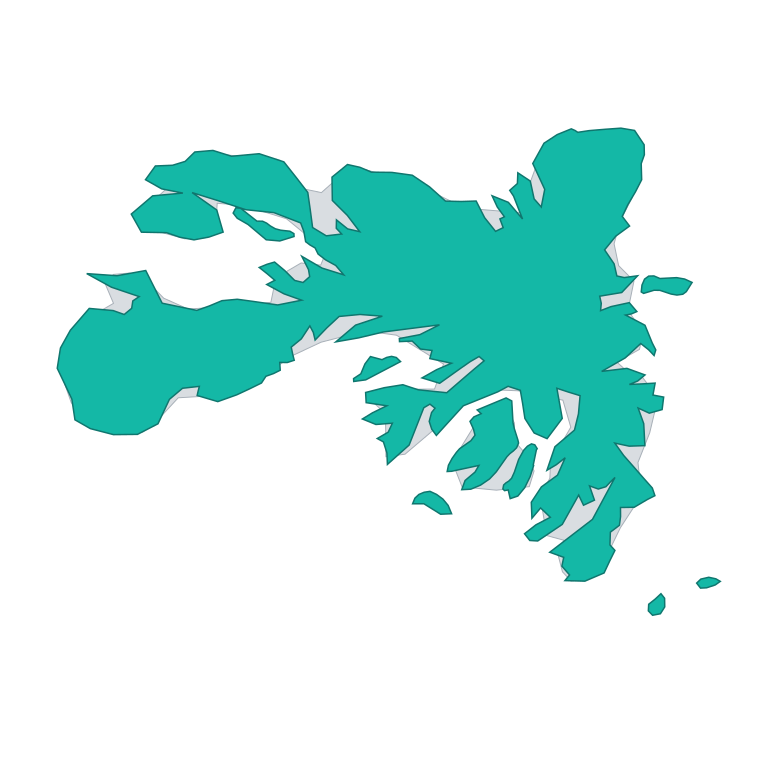 French Southern and Antarctic Lands, with Archipel des Kerguelen highlighted, rotated 177°
{"feature_id": "ATF-5916", "entity_name": "Archipel des Kerguelen", "entity_type": "state/province", "adm_level": 1, "iso_a3": "ATF", "parent_name": "French Southern and Antarctic Lands", "parent_adm1": "", "projection": "equal_earth", "projection_center": [69.4, -49.144], "detail": "fine", "context": "in_parent", "style": "filled", "palette": "teal", "viewbox_px": 768, "rotation_deg": 177, "n_neighbors": 0, "source": "natural_earth", "source_scale": "10m", "svg_char_len": 6826}
<svg xmlns="http://www.w3.org/2000/svg" viewBox="0 0 768 768"><g transform="rotate(177 384 384)"><path d="M250.3,370.2L277.0,372.7L293.3,368.8L366.7,312.8L385.9,311.3L384.0,354.2L402.8,373.5L379.0,378.4L333.8,376.3L323.5,400.8L369.0,432.1L391.7,436.4L410.2,436.1L444.8,429.0L472.6,417.7L515.7,391.5L541.4,381.4L590.2,381.0L615.8,356.1L627.5,348.6L656.1,349.6L682.0,359.3L697.3,381.8L705.3,409.2L698.9,436.3L681.5,462.6L649.9,478.7L656.9,497.9L648.5,507.6L632.6,508.1L619.2,503.7L599.5,481.2L575.7,469.1L518.4,469.9L492.7,471.5L488.2,488.7L474.6,501.9L460.4,509.2L441.0,506.0L437.5,513.3L447.7,531.3L472.7,554.1L515.8,569.9L541.1,573.2L544.7,543.0L575.3,539.4L602.4,548.4L621.9,570.7L605.9,578.0L591.7,589.8L588.8,605.1L561.2,621.7L544.9,623.5L493.3,615.4L462.7,596.6L455.4,583.4L436.5,578.4L415.1,595.5L392.2,599.2L347.5,585.0L306.1,562.2L280.3,553.5L240.1,548.0L217.9,600.0L187.2,621.9L147.5,624.0L128.3,619.7L117.7,599.3L120.4,577.5L126.7,556.7L139.1,535.3L146.9,512.0L143.5,489.9L129.0,473.7L136.5,444.7L122.3,422.0L127.1,405.2L150.3,393.7L140.4,383.7L128.1,381.0L119.2,367.7L112.3,351.7L121.2,321.4L134.5,292.3L132.7,259.3L155.4,228.2L174.7,193.3L189.3,179.4L207.5,177.4L215.6,187.1L219.5,206.2L212.4,218.5L229.4,224.1L234.0,264.6L223.3,281.1L221.8,297.1L199.7,331.1L206.2,358.5L250.3,370.2ZM282.7,348.7L262.2,352.0L255.8,338.2L256.6,319.9L245.1,305.4L238.7,289.3L244.3,273.9L277.3,272.1L311.4,277.1L320.0,302.9L295.6,338.2L282.7,348.7Z" fill="#d9dde1" stroke="#a8b0b8" stroke-width="1"/><path d="M703.1,401.4L709.5,416.8L705.2,436.9L694.4,454.1L674.4,474.9L650.6,471.5L639.8,467.0L632.0,472.8L630.5,480.1L623.9,484.1L651.1,494.9L675.1,509.8L645.0,506.1L616.0,509.8L601.3,476.3L567.1,467.3L554.3,471.1L541.5,475.7L526.1,476.3L510.7,473.4L486.0,468.5L461.8,472.0L479.2,479.3L495.9,489.5L491.7,491.4L487.6,493.3L494.9,500.2L502.5,506.9L494.5,509.7L486.9,511.5L477.1,502.4L467.8,492.1L459.5,489.6L452.6,495.1L453.4,502.2L459.4,515.8L439.8,503.0L418.5,495.1L426.0,504.9L435.8,511.0L443.0,517.2L445.7,523.5L450.5,526.6L454.8,530.2L456.0,540.3L458.8,549.2L484.9,560.9L512.9,565.3L539.1,575.4L565.6,585.2L541.9,566.5L536.7,544.1L551.1,539.9L566.2,537.9L580.0,541.2L593.2,546.5L618.3,548.3L627.5,566.9L605.2,584.0L574.8,585.2L595.8,590.5L611.5,600.5L600.9,613.7L583.7,613.5L570.9,616.7L560.8,625.6L542.6,626.2L524.3,619.4L496.6,620.5L472.4,611.1L460.9,594.9L450.1,579.3L448.5,561.5L447.1,544.0L433.9,535.0L418.4,536.0L423.5,542.0L422.9,550.4L412.2,540.8L400.3,537.4L411.8,554.3L426.0,570.0L425.1,593.3L409.0,605.1L396.8,601.7L385.4,596.2L365.1,594.9L344.8,591.0L328.1,578.4L313.0,563.4L297.2,562.2L282.4,561.9L274.8,544.8L264.6,530.6L256.8,533.9L259.6,542.8L257.3,543.7L255.0,544.7L261.6,554.8L266.2,566.3L250.3,558.9L237.0,541.5L240.9,553.1L244.8,564.9L248.3,570.8L240.3,577.2L239.3,587.9L227.3,579.0L224.4,561.0L217.7,552.5L213.3,570.0L223.9,596.4L211.6,616.1L198.0,624.0L183.6,629.0L180.0,627.2L177.3,625.2L172.1,625.7L165.9,626.3L149.8,626.8L134.0,627.1L120.5,624.1L111.7,609.3L112.0,599.3L115.6,590.6L116.0,574.5L122.8,562.8L131.1,550.3L137.3,538.9L130.5,528.9L144.7,519.6L156.7,506.4L147.9,491.9L145.8,479.7L138.5,477.7L125.1,478.8L141.8,462.9L164.0,460.4L162.8,453.1L163.9,445.9L153.3,449.4L134.8,452.4L127.7,443.1L133.4,441.0L139.2,440.2L120.3,429.0L114.0,411.0L110.8,403.8L112.8,398.3L118.0,404.4L125.5,411.0L141.8,397.4L166.0,385.2L140.6,386.9L122.9,379.4L130.5,373.7L139.0,370.7L126.0,370.6L113.2,370.7L114.6,364.8L116.0,358.9L105.4,356.3L107.6,343.9L120.6,341.0L131.5,346.7L126.7,330.8L126.7,308.8L142.4,309.1L156.6,312.9L148.4,300.1L138.9,288.1L129.8,276.5L121.5,266.1L119.3,258.3L127.2,254.8L140.6,247.8L154.3,248.3L154.7,239.2L156.3,230.6L165.7,224.2L166.8,211.5L162.1,205.7L167.9,195.4L174.1,183.8L193.7,176.6L213.6,178.2L208.7,183.6L215.9,192.8L213.6,201.5L227.3,207.3L182.9,237.9L158.2,278.6L163.1,274.3L167.8,269.8L175.5,267.9L184.1,271.5L179.9,257.0L191.1,252.5L195.4,262.9L213.3,234.5L238.7,219.2L246.6,220.1L251.5,227.1L239.7,235.4L224.9,242.2L234.1,252.0L243.3,242.2L243.1,258.2L232.2,273.0L215.5,283.9L206.9,300.9L216.1,294.4L225.8,289.3L216.6,312.4L196.2,328.0L191.4,343.9L188.8,362.1L200.3,366.3L211.6,370.7L207.8,340.3L224.0,320.9L236.6,327.2L245.1,342.2L246.6,357.4L248.2,370.6L260.2,375.2L270.8,370.2L305.9,358.1L334.4,329.9L338.7,336.4L340.8,344.3L338.0,353.0L334.3,357.2L339.2,361.5L345.5,358.2L362.1,321.7L384.8,303.5L384.7,315.1L387.6,326.2L393.6,329.9L382.3,335.7L377.7,344.4L394.2,344.0L407.4,350.2L396.9,355.9L382.3,362.1L402.8,366.3L402.8,376.5L383.9,380.3L365.2,382.3L357.6,379.3L350.0,376.4L321.8,372.0L301.8,387.5L292.7,394.5L282.8,401.9L287.6,406.5L296.6,401.9L305.8,396.2L328.4,381.8L345.7,388.1L330.8,395.5L315.5,401.2L336.9,407.0L334.3,415.0L345.7,417.0L353.6,425.4L366.3,425.5L366.3,427.1L366.3,428.6L345.6,431.4L325.5,440.2L353.7,438.1L381.8,436.0L406.9,431.4L429.9,428.6L409.3,444.3L382.1,451.8L404.3,454.7L425.3,453.8L438.2,443.0L450.5,431.5L451.9,439.2L455.0,445.9L464.2,433.4L474.7,425.7L473.6,418.4L472.4,412.4L479.5,410.5L487.0,411.0L486.9,403.2L493.8,400.2L501.5,397.9L506.3,391.4L518.7,386.1L531.6,380.9L550.9,375.1L571.2,382.3L569.9,386.9L568.5,391.3L585.4,390.3L599.1,379.9L611.8,356.1L632.8,346.6L656.8,347.6L679.6,354.8L694.5,364.4L696.5,385.2L703.1,401.4ZM252.7,318.0L254.9,313.4L258.3,310.4L261.9,307.9L265.0,305.0L276.5,290.4L283.5,283.7L292.8,278.0L302.8,274.4L311.9,274.4L308.1,283.4L297.7,291.3L293.5,297.7L321.0,293.3L325.5,293.3L323.9,299.5L319.9,306.1L315.3,311.9L311.9,315.4L300.2,322.8L295.8,328.1L297.0,334.2L300.1,342.2L295.9,346.5L288.5,349.3L292.3,353.2L262.8,363.7L257.3,360.4L257.2,338.6L256.3,333.0L253.2,321.0L252.7,318.0ZM264.0,262.9L265.5,271.7L269.2,271.2L270.8,273.0L269.8,276.9L267.4,278.9L264.5,280.5L261.5,283.2L258.4,289.2L253.5,301.6L247.9,310.6L244.0,314.4L239.9,316.5L236.6,315.4L234.4,311.4L235.3,310.2L239.2,295.3L238.8,294.8L242.9,283.9L248.9,273.1L256.2,265.1L264.0,262.9ZM121.2,469.3L118.3,475.1L114.0,477.9L108.8,477.8L102.9,474.9L86.2,474.9L78.3,473.1L71.0,469.3L77.3,460.4L80.9,458.0L86.8,457.5L92.6,458.8L103.6,463.1L109.4,463.5L120.0,460.9L122.3,462.5L121.2,469.3ZM502.4,553.3L496.7,552.9L492.8,550.8L489.1,547.7L484.4,544.7L479.1,543.0L470.0,541.5L466.1,538.9L466.1,536.0L480.6,532.3L494.1,534.2L511.4,550.4L521.9,557.2L525.7,562.6L522.7,567.7L518.0,567.0L502.4,553.3ZM384.7,408.4L379.9,410.4L375.0,411.2L370.3,409.8L366.3,405.5L402.0,389.1L414.1,388.1L414.1,391.0L406.6,395.4L402.0,405.0L396.1,412.1L384.7,408.4ZM343.7,274.4L337.3,271.0L331.2,266.0L326.3,259.4L323.3,250.9L334.3,251.0L350.4,262.3L361.7,262.9L359.1,268.4L354.9,271.9L349.6,273.8L343.7,274.4ZM124.6,154.9L118.4,160.1L115.0,155.3L115.3,146.7L120.0,140.1L127.9,139.0L131.9,143.6L131.2,150.2L124.6,154.9ZM78.6,163.6L82.2,168.8L77.8,172.6L69.8,174.0L62.8,172.1L58.5,169.3L63.7,166.0L72.5,163.6L78.6,163.6Z" fill="#14b8a6" stroke="#0f766e" stroke-width="1.5"/></g></svg>